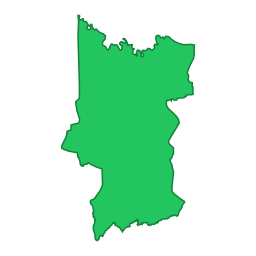 Lam Thamenchai, Nakhon Ratchasima, Thailand (Robinson projection)
{"feature_id": "78962969B38997993614203", "entity_name": "Lam Thamenchai", "entity_type": "district", "adm_level": 2, "iso_a3": "THA", "parent_name": "Thailand", "parent_adm1": "Nakhon Ratchasima", "projection": "robinson", "projection_center": [102.907, 15.286], "detail": "fine", "context": "isolated", "style": "filled", "palette": "green", "viewbox_px": 256, "rotation_deg": 0, "n_neighbors": 0, "source": "geoboundaries", "source_scale": "gbopen_adm2", "svg_char_len": 5759}
<svg xmlns="http://www.w3.org/2000/svg" viewBox="0 0 256 256"><path d="M97.3,240.6L98.9,239.0L100.0,235.4L101.2,235.6L102.3,236.3L102.7,236.3L104.2,233.1L105.0,232.1L105.3,231.1L106.6,230.2L106.8,229.3L107.5,229.1L107.7,228.6L109.0,228.0L109.1,227.5L109.7,227.2L109.8,226.3L110.1,225.9L110.7,225.8L111.9,224.9L112.1,224.1L112.9,223.0L113.6,223.2L114.0,222.7L114.8,222.7L114.9,224.9L115.3,225.3L116.5,225.7L120.6,228.5L120.6,228.9L121.3,230.2L122.5,231.7L122.6,231.3L123.6,230.3L124.0,229.6L124.4,229.3L124.7,228.6L125.4,227.8L126.8,227.1L127.3,227.1L127.8,226.9L127.9,226.6L129.3,226.8L130.1,226.3L130.1,226.1L129.7,225.7L129.6,224.8L130.2,223.5L132.7,222.9L132.9,222.6L133.0,221.8L134.1,221.9L134.7,221.5L135.7,221.4L135.7,220.9L135.9,220.9L136.1,220.3L137.6,219.6L138.1,219.8L138.2,220.0L137.5,220.2L137.2,220.6L137.8,220.6L137.4,221.1L137.9,221.2L137.9,222.1L138.2,222.8L137.8,223.0L137.7,224.1L137.3,224.4L137.7,225.2L138.0,224.9L138.9,225.0L139.2,224.5L140.0,224.6L140.4,224.2L140.9,224.2L142.0,224.6L142.2,224.3L141.9,223.8L142.1,223.5L142.0,223.1L142.4,222.6L143.4,223.1L143.9,222.6L145.2,222.5L145.6,222.9L146.9,222.5L147.4,222.9L147.6,224.4L147.9,225.0L148.2,225.2L148.6,225.0L149.3,225.3L149.9,225.4L150.1,224.8L151.5,224.8L151.6,224.7L151.7,224.2L151.9,224.1L154.3,224.4L155.0,223.8L155.4,223.6L156.0,222.6L156.3,222.9L156.5,222.7L157.0,222.6L157.2,222.9L157.7,222.4L158.2,222.3L158.1,221.9L158.7,220.7L160.1,220.7L160.6,220.2L161.5,220.0L161.9,219.0L163.9,218.9L164.6,219.2L166.4,218.4L167.3,218.8L168.2,218.1L168.7,218.0L169.2,217.6L170.3,216.4L171.3,216.2L171.6,215.8L172.1,215.9L173.0,215.4L173.5,215.7L174.0,215.2L175.0,215.1L176.7,216.0L177.5,215.9L178.0,215.3L178.9,212.2L179.5,210.9L181.1,208.8L182.0,207.2L182.6,204.7L184.7,202.1L183.9,201.0L180.7,199.0L174.1,193.9L172.8,192.4L172.3,191.5L171.9,190.3L171.9,188.8L172.1,185.2L173.5,172.7L173.3,170.6L172.4,168.1L171.8,164.6L170.3,161.3L170.1,159.5L170.1,159.1L171.2,158.7L171.6,158.0L173.3,153.7L173.5,152.8L173.5,148.7L173.4,148.0L173.1,147.5L169.7,144.4L169.1,143.5L168.7,142.5L168.7,140.5L179.2,123.1L179.1,121.8L178.5,119.7L177.7,118.2L176.6,116.6L172.9,112.8L168.6,108.9L167.0,106.5L166.4,104.6L166.3,102.3L166.5,100.7L168.0,100.6L168.0,100.1L170.5,99.8L171.3,100.7L171.4,99.8L171.9,98.8L173.8,99.8L175.0,100.2L176.7,100.0L176.9,99.0L179.3,97.9L182.0,98.0L184.5,97.5L184.8,97.3L185.1,96.6L186.1,96.5L186.4,95.1L190.5,94.6L191.8,94.8L193.2,94.2L192.9,92.9L193.0,89.1L192.8,86.6L192.2,86.5L192.2,86.3L192.3,82.7L190.5,82.5L190.3,82.2L189.3,81.9L189.1,81.2L188.1,80.0L188.5,77.6L188.5,75.1L187.1,73.1L188.8,68.1L192.2,60.9L193.2,59.3L193.8,57.1L194.3,53.3L194.1,49.8L194.4,45.0L192.4,44.6L189.6,44.4L186.2,44.7L183.6,44.7L181.0,44.1L177.9,43.0L174.8,41.6L171.0,38.9L168.7,36.7L168.2,36.9L166.7,36.2L166.0,36.2L165.5,36.6L164.6,38.5L164.1,38.7L163.9,38.6L163.4,37.4L163.1,37.1L162.6,37.1L161.5,37.9L161.0,38.0L160.6,37.7L160.1,36.5L159.6,36.0L158.7,35.5L157.6,35.4L156.8,35.6L156.1,36.3L155.8,38.5L156.4,41.3L156.9,42.6L157.8,43.8L157.8,44.5L157.1,44.8L155.6,44.1L154.8,44.4L154.1,45.6L154.4,46.8L154.4,48.0L154.0,48.7L152.2,50.2L151.8,50.2L151.3,50.0L149.6,48.6L148.2,48.4L147.8,48.5L146.7,50.0L146.0,50.5L145.3,50.6L143.3,50.3L142.5,50.5L142.1,51.1L142.0,51.9L143.2,54.3L143.4,55.8L143.1,56.3L141.6,56.5L141.1,56.4L141.0,55.9L141.3,54.1L140.6,52.1L140.1,51.1L138.6,50.1L137.7,50.0L137.3,50.3L136.3,53.0L136.3,54.1L137.2,55.2L137.2,55.8L136.8,55.8L135.6,54.7L134.1,54.4L133.4,54.0L132.5,52.9L132.4,52.5L133.1,51.4L132.9,50.4L133.0,50.0L134.0,49.3L134.1,48.9L133.9,48.6L132.3,48.4L131.6,47.4L132.3,44.7L132.0,44.5L130.7,44.9L129.1,44.8L128.3,45.2L127.8,45.0L127.2,42.7L126.2,41.0L126.0,40.2L125.3,39.9L124.7,38.8L124.1,38.5L123.2,38.7L123.1,38.9L123.1,39.3L125.3,40.3L125.7,42.2L125.6,42.8L125.1,43.2L124.3,43.3L123.1,42.2L121.5,41.7L120.5,42.0L119.8,42.9L119.8,44.0L120.2,44.8L120.7,45.2L121.6,45.4L121.8,45.9L121.9,48.8L120.9,50.2L120.2,50.2L119.4,49.4L117.6,45.8L117.0,45.0L116.1,44.8L114.0,45.1L113.4,44.9L112.5,44.2L111.7,44.0L111.0,44.3L109.7,47.4L108.6,49.2L108.0,49.8L107.4,49.9L106.7,49.2L106.0,47.4L105.5,46.6L103.0,45.2L102.4,44.5L102.3,44.0L102.5,42.9L103.5,40.6L104.9,39.6L104.9,38.6L105.2,37.9L105.3,36.9L105.6,36.1L105.5,35.7L104.4,35.1L103.9,34.2L103.3,33.8L102.1,33.5L98.9,31.9L96.5,29.2L95.6,29.2L94.7,30.0L94.2,29.9L93.7,28.8L92.1,27.5L92.1,25.6L91.8,24.6L91.5,24.3L90.9,24.3L89.4,25.7L89.5,26.1L90.2,26.4L90.5,26.7L90.6,28.5L90.4,29.3L89.8,29.5L88.7,29.5L87.1,28.9L86.7,28.5L86.6,28.0L87.6,26.9L88.2,24.8L86.6,22.0L85.8,21.5L84.1,21.5L83.7,21.3L83.2,20.6L83.4,19.1L83.1,18.7L82.5,18.8L81.0,19.8L80.2,19.8L79.5,19.4L79.1,19.0L79.0,18.5L79.6,16.9L79.5,15.7L79.1,15.4L78.0,15.4L78.6,20.9L78.0,36.5L79.4,84.4L79.4,97.0L79.3,98.1L78.9,98.8L75.6,101.9L76.9,110.5L79.3,118.2L79.6,119.1L79.6,120.0L79.1,122.0L78.7,122.8L78.0,123.3L72.8,124.4L71.0,125.1L71.1,129.7L67.1,131.3L66.5,135.7L65.8,137.7L64.1,140.9L61.6,146.3L61.9,148.5L64.2,149.5L68.6,151.1L75.2,152.4L77.2,152.4L77.9,156.9L78.4,156.9L79.9,161.3L80.1,162.0L80.0,163.0L80.4,164.3L81.4,165.9L81.8,165.5L82.4,165.6L82.8,166.1L83.4,166.1L83.6,165.6L83.5,164.6L84.3,164.5L84.5,164.2L86.4,164.3L86.6,164.0L87.3,163.8L88.0,163.2L88.2,162.6L90.3,164.1L94.5,166.2L99.4,168.1L101.9,168.8L102.1,171.0L102.5,182.4L102.3,185.8L100.4,190.0L99.0,192.2L94.9,197.9L94.5,198.7L94.3,199.0L90.9,200.2L90.4,201.3L90.3,202.0L90.8,203.8L92.3,205.5L93.0,206.9L93.4,209.6L93.5,211.7L93.4,212.8L93.0,212.7L92.7,213.7L93.3,214.0L93.2,216.6L94.0,217.5L94.4,217.1L94.6,217.3L94.4,218.4L94.7,218.9L94.7,219.2L95.0,219.3L94.7,219.7L94.7,220.5L94.9,220.8L95.3,220.9L95.1,221.6L94.8,221.7L94.6,223.2L93.4,225.9L93.3,229.5L94.8,233.9L95.0,235.1L95.1,238.3L95.3,238.8L96.2,240.2L97.3,240.6Z" fill="#22c55e" stroke="#15803d" stroke-width="1.5"/></svg>